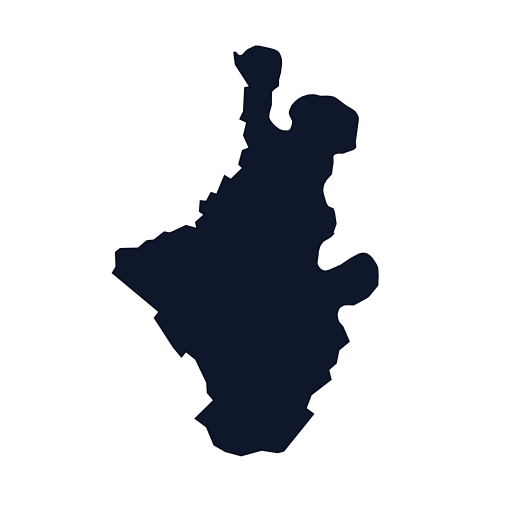 Lauderdale, Tennessee, United States of America (orthographic projection), rotated 128°
{"feature_id": "52423323B2530674009374", "entity_name": "Lauderdale", "entity_type": "district", "adm_level": 2, "iso_a3": "USA", "parent_name": "United States of America", "parent_adm1": "Tennessee", "projection": "orthographic", "projection_center": [-89.758, 35.743], "detail": "fine", "context": "isolated", "style": "filled", "palette": "ink", "viewbox_px": 512, "rotation_deg": 128, "n_neighbors": 0, "source": "geoboundaries", "source_scale": "gbopen_adm2", "svg_char_len": 2329}
<svg xmlns="http://www.w3.org/2000/svg" viewBox="0 0 512 512"><g transform="rotate(128 256 256)"><path d="M428.7,159.7L422.4,144.8L405.4,132.2L397.4,117.8L392.4,114.2L345.1,113.5L345.5,122.9L331.5,127.2L307.2,121.0L301.1,128.9L291.1,127.0L279.1,133.0L266.1,130.1L258.5,143.9L257.2,150.4L255.3,153.2L252.6,156.0L251.3,156.8L246.8,158.5L244.6,158.5L240.4,156.8L237.7,153.9L234.2,149.0L219.1,142.6L204.2,142.2L195.8,148.3L190.5,153.0L188.8,156.2L187.1,161.0L186.4,163.5L186.0,166.6L186.2,169.6L186.7,171.2L188.4,173.7L191.2,175.9L199.6,179.6L210.9,183.3L222.3,189.4L225.0,191.6L225.9,192.7L226.7,194.9L226.9,196.8L226.5,199.6L225.3,202.4L224.1,203.8L216.3,208.4L214.3,209.9L208.3,212.2L203.2,212.4L194.9,209.2L190.6,208.7L190.6,209.8L181.4,212.9L173.2,221.5L171.5,224.5L172.8,228.5L172.7,230.3L171.5,233.5L165.9,241.2L163.8,243.5L163.0,244.3L159.1,246.5L157.0,247.2L152.5,247.8L145.0,247.2L138.5,251.1L135.1,252.9L130.0,257.2L127.5,257.2L124.0,254.7L121.4,251.1L111.6,244.9L109.0,244.6L107.3,246.1L105.9,247.7L86.3,259.1L84.2,260.7L82.9,262.7L81.5,266.6L81.4,269.3L82.5,277.8L82.7,289.0L83.1,292.4L84.5,295.3L86.3,298.1L90.5,303.2L93.5,309.7L97.1,313.7L101.7,317.0L105.9,318.8L111.1,319.9L115.2,320.1L119.9,319.0L121.9,318.2L123.1,317.2L124.2,315.5L126.7,310.4L127.5,309.5L130.4,307.9L134.5,306.6L136.5,306.8L137.8,307.5L140.9,311.7L142.2,315.6L142.3,320.6L141.8,324.7L140.6,328.9L139.1,331.5L135.0,334.1L127.8,337.0L117.7,344.7L116.2,345.1L114.7,345.0L111.1,344.2L108.5,343.3L107.7,343.6L103.4,346.9L96.2,350.0L88.9,354.3L85.6,357.2L83.9,359.4L82.4,362.0L81.8,364.3L81.8,365.5L82.4,368.3L83.9,372.1L88.0,380.7L89.2,383.0L91.1,385.6L98.0,389.1L100.8,389.8L104.6,390.0L106.5,390.4L108.4,391.9L108.9,394.4L108.3,396.4L108.4,398.1L109.3,398.5L117.6,390.1L126.4,364.8L130.3,368.3L149.7,354.6L157.8,352.9L156.1,345.5L168.5,339.9L174.9,327.6L181.2,331.4L194.2,325.9L194.7,320.5L211.3,322.8L212.1,330.1L231.7,324.7L233.8,330.3L243.6,328.6L246.8,333.7L255.4,328.0L255.2,322.1L266.5,324.2L270.8,319.1L275.2,329.8L290.9,337.8L293.7,343.0L306.4,346.1L311.4,351.3L322.5,353.6L333.9,367.5L339.5,368.8L350.5,359.5L357.6,358.6L359.5,297.8L367.2,297.9L378.6,264.9L381.3,252.7L374.3,252.6L374.4,239.9L385.9,216.8L393.6,210.0L395.6,200.3L421.4,203.7L421.0,189.7L430.6,172.7L428.7,159.7Z" fill="#0f172a" stroke="#020617" stroke-width="1.5"/></g></svg>